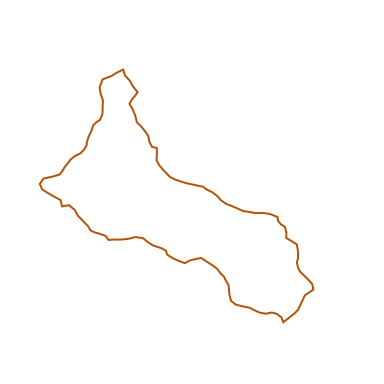 the district of Uru, São Paulo, Brazil, rotated 109°
{"feature_id": "56859067B88945605204641", "entity_name": "Uru", "entity_type": "district", "adm_level": 2, "iso_a3": "BRA", "parent_name": "Brazil", "parent_adm1": "São Paulo", "projection": "natural_earth1", "projection_center": [-49.301, -21.76], "detail": "fine", "context": "isolated", "style": "outline", "palette": "amber", "viewbox_px": 384, "rotation_deg": 109, "n_neighbors": 0, "source": "geoboundaries", "source_scale": "gbopen_adm2", "svg_char_len": 1828}
<svg xmlns="http://www.w3.org/2000/svg" viewBox="0 0 384 384"><g transform="rotate(109 192 192)"><path d="M227.8,336.9L234.0,338.5L238.3,334.6L240.3,326.2L242.5,313.6L247.9,310.1L244.5,304.0L247.1,297.1L251.5,292.3L258.3,278.9L261.3,275.7L261.9,270.9L261.6,266.7L261.6,259.4L264.5,255.2L262.2,249.9L260.5,244.6L257.2,237.3L252.9,230.6L251.6,223.0L253.7,217.8L255.2,211.8L255.1,202.2L256.1,197.5L259.2,195.2L260.8,189.0L261.4,183.4L261.6,175.6L257.0,171.3L251.4,161.9L252.8,156.4L254.6,149.0L256.4,143.2L259.3,139.1L261.6,134.3L265.0,130.9L268.0,127.2L272.1,125.3L276.9,123.2L282.3,119.6L284.2,113.8L283.7,107.6L282.7,99.9L283.5,94.6L284.0,88.7L283.1,82.7L280.0,77.3L279.6,72.4L281.4,66.7L285.4,63.3L280.4,60.0L273.2,55.4L269.0,53.5L264.5,52.9L252.8,51.6L249.4,49.0L244.8,45.5L240.0,48.3L236.9,53.8L233.8,60.3L232.0,64.1L228.8,67.2L224.5,69.9L220.3,70.2L214.1,72.2L207.5,75.8L206.0,81.7L204.8,88.0L200.2,89.3L194.6,92.9L193.6,97.5L191.1,101.4L187.8,103.0L187.4,111.1L188.7,118.2L191.3,125.1L192.3,131.9L193.4,137.5L192.8,143.0L192.3,149.7L192.1,155.9L190.2,162.4L187.6,166.7L185.7,172.5L184.9,178.9L183.4,183.1L184.2,189.2L185.5,200.1L185.7,207.0L185.7,212.2L184.9,217.9L183.0,221.4L180.6,226.3L177.5,231.6L173.5,235.9L166.0,238.0L161.9,239.6L162.3,244.6L158.0,249.0L153.6,251.3L150.0,255.9L146.8,260.9L144.1,266.8L140.9,268.8L137.8,270.9L132.6,275.6L129.1,279.8L124.5,279.1L120.0,277.3L115.3,275.9L111.3,282.3L107.1,286.9L103.6,293.4L98.6,296.9L103.6,301.9L108.6,306.0L114.6,313.2L123.3,313.4L129.3,310.1L134.2,306.1L138.7,304.8L143.4,303.2L147.6,302.1L153.6,302.4L156.8,304.9L161.2,307.2L167.3,307.0L172.6,307.7L178.7,307.7L182.4,306.9L187.2,307.9L191.9,310.2L196.3,314.5L200.7,317.3L204.8,318.6L210.0,320.5L214.1,321.4L218.3,322.6L220.7,325.8L223.5,330.0L227.8,336.9Z" fill="none" stroke="#b45309" stroke-width="2"/></g></svg>